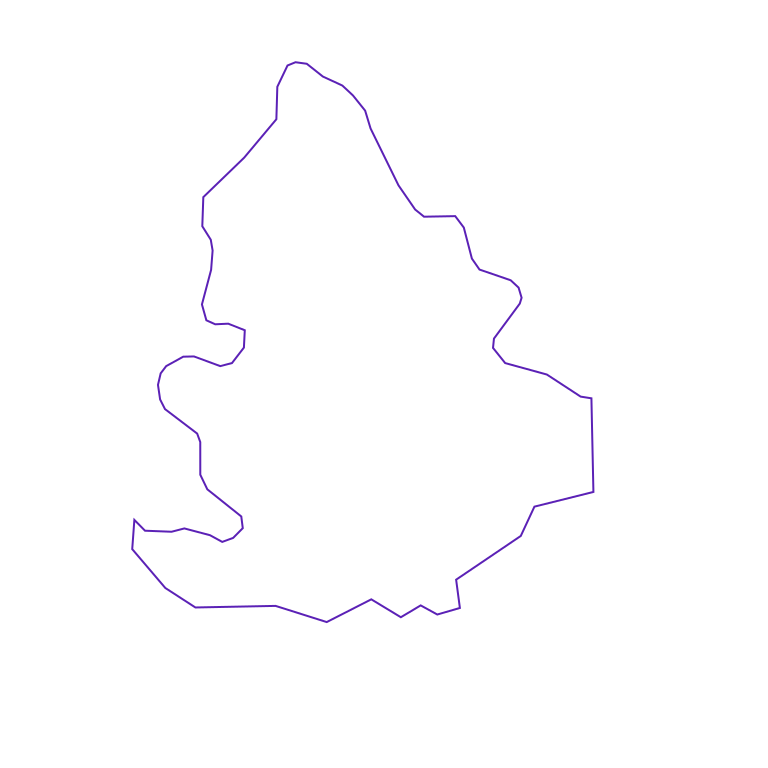 Markhamat, Andijon, Uzbekistan (Equal Earth projection), rotated 200°
{"feature_id": "79887680B89624246820139", "entity_name": "Markhamat", "entity_type": "district", "adm_level": 2, "iso_a3": "UZB", "parent_name": "Uzbekistan", "parent_adm1": "Andijon", "projection": "equal_earth", "projection_center": [72.343, 40.524], "detail": "fine", "context": "isolated", "style": "outline", "palette": "violet", "viewbox_px": 768, "rotation_deg": 200, "n_neighbors": 0, "source": "geoboundaries", "source_scale": "gbopen_adm2", "svg_char_len": 1078}
<svg xmlns="http://www.w3.org/2000/svg" viewBox="0 0 768 768"><g transform="rotate(200 384 384)"><path d="M184.2,441.5L194.9,439.4L234.2,448.6L277.3,445.1L293.9,455.2L296.2,464.3L283.9,506.0L284.2,512.1L290.5,520.6L300.4,524.8L333.4,524.2L344.3,531.9L362.5,558.3L374.5,566.1L403.6,554.9L414.4,558.6L438.3,575.6L484.0,619.5L495.2,634.4L511.8,644.5L525.2,650.2L546.6,652.0L566.1,658.5L577.2,656.1L583.6,650.3L585.9,626.8L575.7,596.0L592.8,548.9L617.7,497.8L608.7,470.1L596.1,460.3L590.7,450.8L585.5,432.1L582.3,396.5L572.7,383.1L563.0,382.4L551.0,387.4L533.2,386.9L528.1,370.3L534.0,351.7L544.0,344.8L572.0,344.9L582.0,341.0L594.8,326.3L597.5,317.6L596.1,305.9L589.1,292.9L581.2,285.5L542.6,273.5L536.8,266.6L525.6,235.9L514.0,224.6L472.8,210.7L467.4,200.2L473.1,187.8L482.0,180.3L495.8,182.4L522.2,180.0L533.1,172.5L558.4,164.4L572.1,170.9L564.1,142.7L519.7,117.5L484.8,109.5L410.0,138.4L356.4,140.7L322.3,177.3L288.4,170.6L273.8,188.5L255.1,185.6L236.1,199.5L249.3,224.8L203.5,288.0L200.7,320.2L150.3,354.2L184.2,441.5Z" fill="none" stroke="#5b21b6" stroke-width="2"/></g></svg>